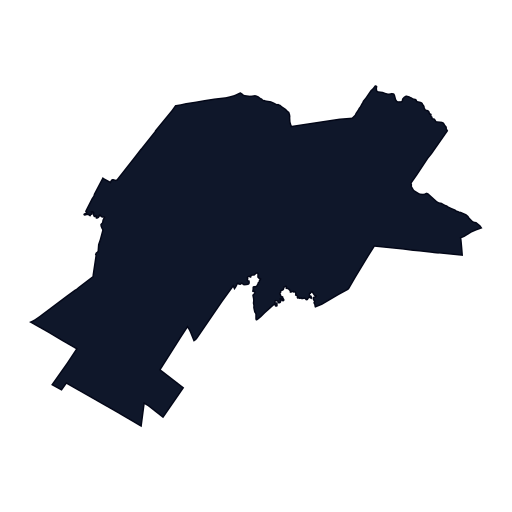 Videle, Teleorman, Romania
{"feature_id": "2599482B40288902158054", "entity_name": "Videle", "entity_type": "district", "adm_level": 2, "iso_a3": "ROU", "parent_name": "Romania", "parent_adm1": "Teleorman", "projection": "robinson", "projection_center": [25.561, 44.268], "detail": "fine", "context": "isolated", "style": "filled", "palette": "ink", "viewbox_px": 512, "rotation_deg": 0, "n_neighbors": 0, "source": "geoboundaries", "source_scale": "gbopen_adm2", "svg_char_len": 5996}
<svg xmlns="http://www.w3.org/2000/svg" viewBox="0 0 512 512"><path d="M423.9,107.3L423.9,106.4L423.5,106.0L423.4,105.4L422.5,104.7L422.2,103.7L421.6,103.0L420.2,102.4L416.9,101.7L416.6,101.3L416.2,100.3L415.6,99.6L412.8,99.0L411.3,98.0L410.0,97.5L409.0,96.9L406.3,96.2L405.9,96.3L404.3,97.3L403.0,98.7L402.7,99.2L402.3,101.1L401.8,101.7L401.2,101.9L398.6,102.0L397.2,101.8L396.4,101.0L395.5,99.6L394.4,95.4L393.8,94.2L393.5,94.0L391.7,93.7L390.1,94.1L388.1,94.3L385.4,93.6L382.5,92.5L377.8,91.9L377.0,91.4L376.5,90.4L376.3,88.6L376.6,86.6L376.0,86.1L375.3,86.0L373.3,88.6L371.0,90.8L366.1,98.0L363.9,100.7L363.4,101.3L363.0,102.5L361.9,104.2L360.5,106.9L359.2,108.5L358.7,109.6L356.1,113.5L355.3,115.3L352.2,118.3L339.5,119.3L291.2,126.6L291.1,125.8L290.4,124.2L290.3,123.4L290.0,122.7L289.8,121.6L289.6,117.8L289.7,116.4L289.5,114.9L288.7,112.4L287.0,111.2L286.8,110.8L285.4,109.4L281.7,106.9L279.8,105.3L278.9,105.1L278.1,104.6L276.7,104.8L273.7,103.2L270.7,101.9L265.5,101.1L264.3,100.6L263.3,100.7L261.9,99.6L261.5,99.0L260.8,99.0L258.1,96.9L256.2,96.1L254.9,95.8L251.8,96.3L249.6,96.4L244.4,95.7L243.2,95.2L241.9,94.0L240.3,93.0L236.1,95.0L234.2,95.8L229.8,97.0L226.0,97.9L214.6,99.2L204.9,100.7L195.9,102.3L185.9,103.8L180.7,105.0L175.6,105.8L172.2,110.6L155.7,130.7L155.9,130.9L141.8,148.6L141.6,149.3L141.1,149.3L134.7,157.6L117.1,180.0L115.7,180.5L113.0,179.7L112.4,179.8L111.7,180.2L110.2,182.6L109.6,182.0L103.3,178.6L102.9,178.2L94.5,194.2L94.0,196.1L92.3,198.6L86.2,210.6L85.9,211.4L86.7,212.0L86.8,212.3L86.8,212.7L86.4,213.1L84.5,214.0L84.1,214.3L84.3,214.8L84.8,215.0L86.5,214.5L88.3,214.4L89.8,215.5L90.1,215.6L90.7,214.5L91.8,214.0L92.1,213.6L92.0,212.8L91.3,211.9L91.7,211.6L92.4,211.6L93.0,211.9L93.8,212.9L93.8,213.4L93.5,214.1L93.5,214.6L94.3,216.4L94.8,216.5L95.7,215.7L96.1,215.7L96.5,215.9L96.5,216.5L96.2,217.5L96.4,218.0L97.5,217.9L98.5,217.2L99.2,216.1L99.3,215.1L99.8,214.9L100.1,215.0L100.8,216.0L102.2,217.0L103.3,216.8L104.6,217.3L103.7,218.9L103.1,220.2L102.7,222.6L102.3,223.2L101.1,224.4L101.0,224.8L101.3,226.4L102.1,228.3L102.8,229.5L102.9,230.3L100.4,239.7L98.7,244.6L98.2,251.2L97.6,252.1L96.3,253.1L95.7,254.5L96.1,255.2L96.1,255.9L93.2,275.2L93.2,276.6L78.8,287.6L76.6,289.5L75.2,290.2L67.1,296.1L39.3,317.0L35.1,319.9L32.5,321.3L30.7,322.1L48.1,331.9L62.5,340.5L76.9,348.8L67.4,363.2L52.2,384.7L61.5,389.8L66.3,383.0L116.9,411.8L141.1,426.0L144.1,403.1L148.2,405.5L163.0,417.1L183.2,387.8L159.9,369.8L180.7,337.0L187.5,326.6L189.4,329.6L190.5,331.9L194.0,340.6L195.6,339.5L197.0,337.8L221.9,301.4L233.2,285.8L234.5,288.6L235.7,286.8L236.9,284.4L237.7,283.2L238.0,283.2L238.8,284.0L240.2,284.2L240.8,284.0L241.1,283.4L241.8,283.1L242.8,283.8L243.4,284.5L244.6,284.7L247.2,284.4L248.5,284.0L248.8,283.7L249.1,282.9L249.0,281.1L248.4,281.0L247.5,280.5L247.3,280.2L247.7,278.5L247.4,277.5L247.9,276.7L249.1,276.3L249.9,276.8L250.6,277.0L251.0,275.8L250.9,275.4L251.8,275.1L254.2,274.9L255.7,273.5L257.0,272.8L258.0,273.5L258.2,273.9L257.9,275.0L258.2,276.1L257.9,276.7L257.9,277.0L259.3,278.5L260.2,278.6L260.6,278.9L260.3,279.6L259.5,280.5L259.3,282.0L258.3,282.8L258.0,284.0L256.7,286.2L255.9,286.7L255.1,286.6L254.5,286.8L253.5,286.9L253.3,287.1L253.2,287.5L253.2,289.3L252.9,290.8L252.9,291.3L253.4,291.5L254.5,291.2L254.8,291.5L254.9,292.1L254.8,293.0L253.9,294.4L253.1,295.0L253.0,295.4L253.6,298.4L253.8,300.6L253.5,303.1L254.0,305.3L253.9,307.7L254.8,311.9L255.7,313.2L256.0,314.1L256.0,318.6L256.1,319.3L256.3,319.7L256.6,319.8L257.8,319.0L260.7,316.6L264.6,312.7L273.9,304.4L275.3,304.9L275.6,305.9L275.8,306.0L276.5,306.0L276.9,305.8L277.0,305.2L276.8,303.4L276.5,303.1L274.7,302.8L274.8,301.9L275.3,300.7L275.9,300.6L277.8,301.0L278.0,301.2L278.2,302.6L279.1,302.8L280.1,302.4L280.4,301.9L280.7,300.5L281.5,299.8L281.4,299.5L280.2,299.1L280.3,298.7L281.3,298.6L282.6,299.2L282.7,299.4L282.5,300.6L283.2,300.7L283.7,300.3L283.8,299.8L282.7,297.8L282.6,297.0L280.8,296.3L280.4,294.7L279.8,294.2L279.7,293.6L280.6,292.3L280.8,290.7L281.2,290.4L282.4,290.1L282.9,289.8L283.4,289.2L283.9,287.2L285.7,286.3L286.2,286.3L286.4,286.6L286.3,288.3L288.6,288.7L288.9,289.3L289.9,290.3L290.4,291.2L290.4,292.0L290.9,292.1L291.8,291.6L292.6,291.6L293.6,291.3L293.8,291.4L293.8,291.9L294.7,291.8L295.2,292.0L295.9,293.5L295.7,295.0L297.3,296.0L298.1,297.2L298.1,297.4L297.5,297.7L297.7,298.0L298.3,297.9L299.1,297.5L299.3,297.6L299.3,298.2L299.5,298.3L301.5,298.0L301.9,298.6L302.2,298.6L304.5,298.1L305.4,298.6L306.1,299.5L306.8,299.7L307.5,299.3L307.6,298.6L308.8,297.6L308.9,297.2L309.3,296.8L309.7,297.0L310.1,297.6L311.2,298.2L311.3,297.4L311.0,296.3L310.1,296.0L309.4,295.2L309.3,294.8L309.5,293.6L310.4,293.3L310.4,292.7L310.5,292.5L311.6,292.1L311.8,291.5L312.1,291.6L314.4,295.1L316.0,295.9L315.8,296.5L315.2,296.9L313.7,297.4L313.4,297.6L313.2,298.1L313.5,299.4L313.9,300.2L314.8,301.0L314.7,301.7L314.3,302.1L314.1,302.5L314.3,303.4L315.0,304.5L315.1,306.0L315.4,306.8L321.8,304.2L338.6,294.3L347.8,289.3L348.6,288.5L355.2,277.1L368.1,255.8L374.3,246.0L403.1,248.9L412.7,250.2L419.9,250.8L432.2,252.2L434.0,252.5L438.1,252.9L439.4,252.8L462.2,255.1L461.6,247.6L460.9,240.0L460.5,237.8L464.1,236.3L471.2,231.9L475.8,229.9L481.3,227.9L479.9,225.9L476.0,222.7L473.6,222.3L472.1,221.4L468.7,217.9L467.9,216.5L465.9,214.8L460.4,212.4L459.3,212.4L457.7,211.5L456.4,211.4L455.9,210.8L454.9,210.1L451.0,208.5L447.7,206.9L446.7,206.0L445.5,205.7L443.5,204.7L441.3,203.4L438.8,203.0L436.5,201.7L427.9,193.9L426.6,193.4L425.8,193.7L425.0,194.2L423.1,194.5L420.4,194.3L419.0,193.9L414.0,190.8L413.3,190.1L411.0,186.1L411.3,185.6L411.4,184.9L410.9,183.1L416.7,174.8L427.8,158.0L431.4,153.6L447.3,130.8L446.2,128.9L446.1,127.1L444.5,125.2L443.9,124.0L443.1,123.0L441.6,122.4L436.2,121.9L435.8,121.6L434.9,120.0L434.1,119.1L432.6,118.9L432.0,118.6L431.9,117.2L430.7,116.3L430.9,115.0L430.9,114.4L430.5,114.1L429.8,114.0L429.5,113.8L428.8,111.7L428.0,110.9L427.4,110.6L426.4,110.5L425.0,109.8L423.9,107.3Z" fill="#0f172a" stroke="#020617" stroke-width="1.5"/></svg>